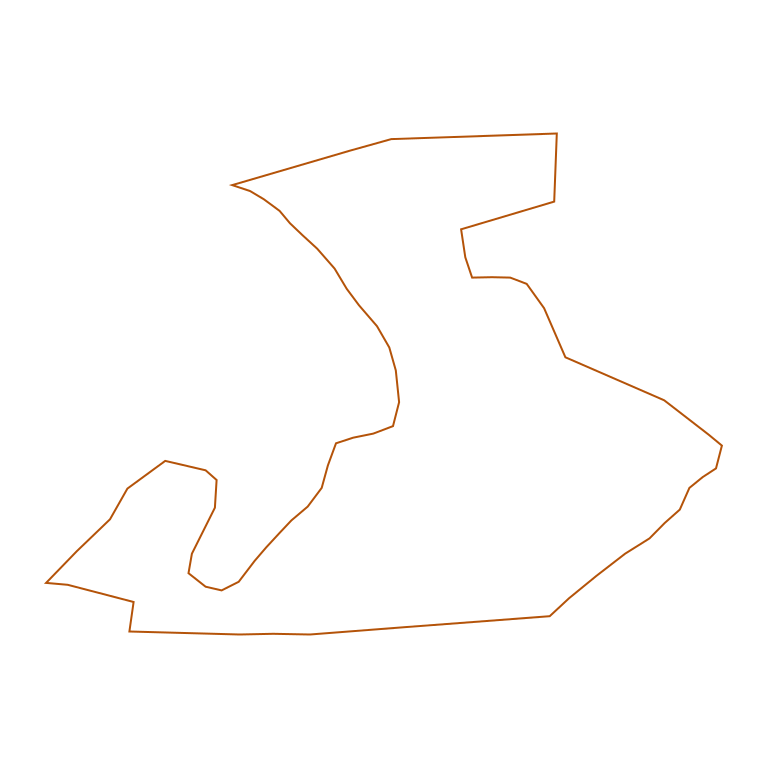 Colinas, Rio Grande do Sul, Brazil (Equal Earth projection)
{"feature_id": "56859067B64353341132274", "entity_name": "Colinas", "entity_type": "district", "adm_level": 2, "iso_a3": "BRA", "parent_name": "Brazil", "parent_adm1": "Rio Grande do Sul", "projection": "equal_earth", "projection_center": [-51.881, -29.385], "detail": "fine", "context": "isolated", "style": "outline", "palette": "amber", "viewbox_px": 768, "rotation_deg": 0, "n_neighbors": 0, "source": "geoboundaries", "source_scale": "gbopen_adm2", "svg_char_len": 986}
<svg xmlns="http://www.w3.org/2000/svg" viewBox="0 0 768 768"><path d="M46.1,582.9L67.7,584.8L133.6,602.0L129.4,631.5L239.6,634.5L273.2,633.8L310.0,634.5L405.6,627.1L549.7,616.2L569.1,598.2L596.5,575.8L625.1,553.7L649.5,538.4L664.7,523.0L679.8,509.6L689.4,487.9L702.8,477.0L716.0,468.4L721.9,445.6L708.7,434.7L664.2,400.3L565.4,357.3L544.1,308.2L526.7,283.9L510.2,277.6L492.0,277.2L472.1,277.6L465.3,257.3L461.1,229.3L554.2,201.6L556.8,133.5L391.3,139.1L349.8,150.7L232.2,185.1L250.2,191.1L263.9,199.3L279.6,210.9L290.0,223.3L302.6,235.3L317.2,248.7L334.6,268.6L346.7,288.8L359.0,305.3L377.0,326.2L389.3,347.5L395.8,370.4L399.1,402.2L393.0,426.1L373.3,433.6L353.1,437.7L336.0,443.3L327.9,465.4L321.7,487.9L307.7,506.6L291.4,520.4L279.7,532.8L266.2,547.4L254.7,560.8L238.7,581.8L221.6,590.4L205.6,586.7L188.5,573.2L191.9,553.7L214.9,507.7L216.6,480.0L205.6,470.3L165.2,460.9L127.4,488.6L110.0,519.3L96.8,532.0L76.9,551.1L46.1,582.9Z" fill="none" stroke="#b45309" stroke-width="2"/></svg>